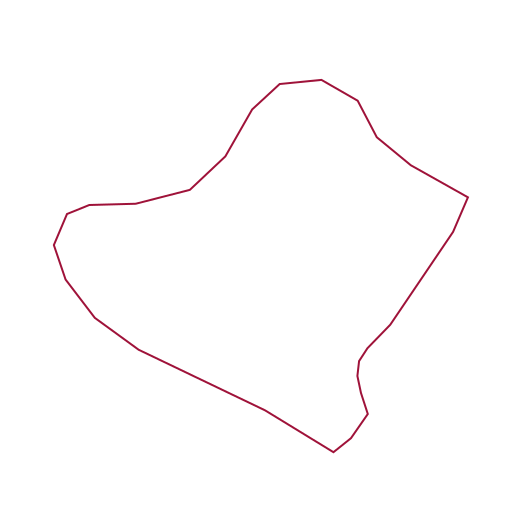 outline of Hsinchu City, rotated 188°
{"feature_id": "TWN-1161", "entity_name": "Hsinchu City", "entity_type": "Provincial City", "adm_level": 1, "iso_a3": "TWN", "parent_name": "Taiwan", "parent_adm1": "", "projection": "mercator", "projection_center": [120.949, 24.782], "detail": "fine", "context": "isolated", "style": "outline", "palette": "rose", "viewbox_px": 512, "rotation_deg": 188, "n_neighbors": 0, "source": "natural_earth", "source_scale": "10m", "svg_char_len": 497}
<svg xmlns="http://www.w3.org/2000/svg" viewBox="0 0 512 512"><g transform="rotate(188 256 256)"><path d="M54.3,343.6L64.2,307.3L113.5,206.6L132.8,180.2L139.3,166.3L138.9,151.3L133.0,135.0L123.3,115.1L136.6,88.8L152.0,72.5L225.5,104.4L359.1,146.8L407.0,172.3L441.3,206.2L457.7,238.7L449.0,271.3L428.2,283.3L382.4,291.0L330.7,312.3L300.2,350.4L280.2,400.6L258.2,427.5L256.5,429.6L215.7,439.5L176.9,423.9L152.9,390.4L115.3,367.4L54.3,343.6Z" fill="none" stroke="#9f1239" stroke-width="2"/></g></svg>